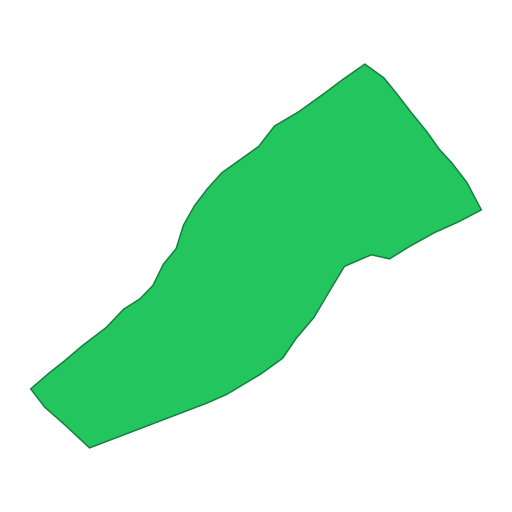 Nilópolis, Rio de Janeiro, Brazil (Robinson projection)
{"feature_id": "56859067B33990296022375", "entity_name": "Nilópolis", "entity_type": "district", "adm_level": 2, "iso_a3": "BRA", "parent_name": "Brazil", "parent_adm1": "Rio de Janeiro", "projection": "robinson", "projection_center": [-43.429, -22.82], "detail": "fine", "context": "isolated", "style": "filled", "palette": "green", "viewbox_px": 512, "rotation_deg": 0, "n_neighbors": 0, "source": "geoboundaries", "source_scale": "gbopen_adm2", "svg_char_len": 671}
<svg xmlns="http://www.w3.org/2000/svg" viewBox="0 0 512 512"><path d="M30.7,388.9L44.7,407.2L64.1,424.2L89.5,447.9L207.1,403.0L226.8,394.3L260.8,374.0L282.7,358.2L296.3,338.2L313.9,317.5L328.9,292.1L344.4,266.4L371.2,254.8L389.5,258.9L409.6,246.4L434.3,232.7L458.3,221.9L481.3,209.9L466.9,182.5L451.9,163.0L439.3,149.3L427.2,132.2L411.7,113.1L396.0,92.8L383.8,77.8L364.8,64.1L343.3,79.1L325.0,92.8L298.5,111.9L274.5,126.0L258.7,146.4L237.9,161.3L222.1,172.5L207.4,188.7L194.5,205.7L183.4,225.3L176.2,248.5L163.3,264.3L152.9,285.5L140.0,298.8L123.6,309.2L106.3,327.4L82.3,345.7L63.7,361.5L49.0,373.1L30.7,388.9Z" fill="#22c55e" stroke="#15803d" stroke-width="1.5"/></svg>